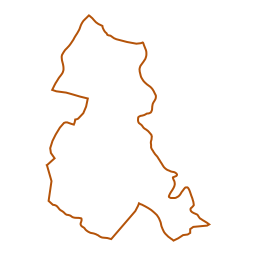 the district of Resinard, Castries, Saint Lucia
{"feature_id": "8701671B52982434499588", "entity_name": "Resinard", "entity_type": "district", "adm_level": 2, "iso_a3": "LCA", "parent_name": "Saint Lucia", "parent_adm1": "Castries", "projection": "mercator", "projection_center": [-60.941, 14.004], "detail": "fine", "context": "isolated", "style": "outline", "palette": "amber", "viewbox_px": 256, "rotation_deg": 0, "n_neighbors": 0, "source": "geoboundaries", "source_scale": "gbopen_adm2", "svg_char_len": 5804}
<svg xmlns="http://www.w3.org/2000/svg" viewBox="0 0 256 256"><path d="M88.9,15.4L86.1,18.2L85.4,18.8L84.5,19.8L83.8,20.4L83.1,21.3L82.3,22.5L81.4,24.1L80.8,25.4L79.7,28.5L79.4,29.3L78.6,30.8L77.7,32.4L77.0,33.6L75.8,35.4L74.6,37.4L73.8,38.8L73.7,39.2L73.1,40.1L72.1,41.6L71.3,42.8L70.2,44.4L69.1,45.8L68.4,46.6L67.8,47.2L67.1,48.0L66.4,48.7L65.4,49.7L64.8,50.4L64.1,51.5L63.6,52.2L62.9,53.4L62.0,55.0L61.7,56.5L61.7,57.4L61.8,58.7L62.0,60.4L62.7,63.1L62.9,63.9L63.1,64.8L63.4,66.6L63.5,68.0L63.5,69.4L63.5,69.8L63.3,70.7L62.9,71.9L62.8,72.3L62.4,73.1L62.1,73.5L61.9,73.9L60.8,75.4L60.2,76.2L59.9,76.5L58.6,78.3L57.4,80.3L56.2,82.2L56.0,82.6L55.7,82.9L55.3,83.7L54.4,85.4L52.2,89.9L56.3,91.3L66.1,92.6L71.2,94.0L80.1,96.6L87.8,98.5L86.1,106.6L83.3,113.2L78.2,118.6L76.6,119.3L75.2,119.5L75.1,120.2L74.8,121.8L74.4,123.2L73.9,124.3L73.8,124.6L71.1,123.8L67.2,122.4L65.6,122.4L64.0,122.9L59.9,127.6L55.7,134.5L52.5,140.9L50.2,148.2L50.9,153.0L54.6,158.3L47.6,164.6L46.8,165.1L47.0,165.4L51.5,181.1L48.6,200.9L52.9,204.8L54.2,205.0L54.5,205.0L56.0,205.6L56.4,205.9L56.8,206.1L57.3,206.7L58.0,207.4L59.3,209.1L59.7,209.5L60.5,210.2L61.6,210.8L63.1,211.8L63.7,212.3L65.2,213.8L65.7,214.2L66.2,214.5L66.9,214.8L67.8,214.9L68.8,215.1L69.4,215.3L70.1,215.5L70.8,215.9L71.8,216.7L72.2,216.9L72.7,217.2L73.7,217.5L74.6,217.7L75.5,217.8L78.7,217.9L80.6,218.2L81.3,218.4L81.5,218.8L81.6,220.1L81.5,220.6L81.3,221.4L80.7,223.1L80.6,223.7L80.6,224.2L80.7,224.6L80.8,224.9L81.1,225.5L81.3,225.8L81.6,226.1L82.3,226.7L83.5,227.4L84.4,228.1L84.8,228.6L85.1,229.1L85.6,229.7L86.0,230.1L87.0,230.9L88.5,231.9L89.2,232.2L90.4,232.8L91.2,233.0L92.4,233.2L93.8,233.5L95.0,233.9L96.1,234.3L96.8,234.7L97.5,235.0L98.1,235.3L99.2,236.1L100.5,236.9L101.3,237.2L101.8,237.4L102.1,237.5L102.8,237.6L104.9,237.8L107.1,238.0L107.6,238.1L109.8,238.7L111.2,239.1L135.3,211.1L138.1,205.7L139.0,203.3L140.0,203.9L140.5,204.2L141.6,204.5L145.1,206.3L148.1,208.0L148.9,208.5L151.2,210.0L153.0,211.5L154.5,212.8L156.6,214.8L156.9,215.1L157.9,216.6L158.8,218.0L159.0,218.4L159.6,219.8L159.9,220.6L160.1,221.0L160.4,221.7L160.8,223.0L161.1,224.6L161.4,225.9L161.6,226.6L162.1,227.7L162.4,228.6L163.3,230.5L163.8,231.6L164.3,232.4L165.4,233.8L165.8,234.2L168.3,236.7L168.7,237.0L170.0,237.9L170.7,238.5L172.4,239.6L173.5,240.6L178.2,238.3L183.1,235.1L187.7,234.5L190.2,232.9L190.2,229.1L193.3,226.9L207.1,225.6L209.2,224.4L207.2,222.9L204.3,221.1L202.6,220.1L201.6,219.4L200.5,218.7L199.9,218.4L199.2,217.4L198.6,216.6L198.1,215.7L197.7,215.1L197.3,214.7L196.8,214.4L196.6,214.3L193.6,213.0L192.9,212.6L192.1,212.1L191.9,212.0L191.2,211.3L190.9,210.9L190.6,210.1L190.5,209.6L190.5,209.4L190.5,209.0L190.7,208.5L191.2,207.9L191.9,207.4L192.3,206.9L193.1,206.1L193.5,205.5L193.8,205.1L193.7,204.2L193.5,202.8L193.3,201.6L193.1,201.1L192.3,198.3L191.3,195.7L190.4,193.0L189.8,191.3L189.2,189.8L188.3,188.2L187.8,187.7L187.6,187.5L187.4,187.4L187.1,187.4L186.7,187.4L185.8,187.4L185.3,187.6L185.1,187.7L184.7,188.2L184.2,188.7L182.9,190.5L182.0,191.6L181.7,192.0L180.3,194.3L179.6,195.2L179.1,195.7L178.4,196.4L177.3,197.0L176.6,197.4L175.8,197.8L175.3,197.9L174.8,198.0L174.1,198.0L171.5,198.0L170.5,197.9L169.1,197.1L168.9,196.7L169.0,196.0L169.2,195.3L169.6,194.7L169.9,193.9L170.1,193.5L170.8,192.4L171.0,192.0L172.1,190.4L173.4,188.2L174.3,186.3L174.7,184.7L174.8,184.0L174.7,183.4L174.6,182.2L174.3,181.1L173.6,179.8L173.0,178.2L172.9,177.8L172.9,177.5L173.0,177.3L175.8,176.2L176.2,176.0L176.4,175.9L176.8,175.3L177.0,174.9L177.0,174.5L176.8,174.1L176.6,173.8L176.3,173.4L175.7,173.0L175.2,172.6L174.5,172.3L174.1,172.1L173.6,172.0L172.3,171.8L171.5,171.6L170.7,171.4L169.6,170.8L168.0,170.2L167.0,169.7L166.6,169.5L166.0,169.0L165.3,168.5L164.2,167.4L163.9,167.1L163.5,166.5L162.9,165.6L161.7,163.6L160.7,162.1L159.5,160.1L158.9,159.2L157.2,156.5L156.8,156.1L155.2,154.3L154.8,153.8L154.3,153.0L153.4,151.7L152.9,150.7L152.3,149.9L152.0,149.5L151.6,148.7L151.3,148.0L151.2,147.8L151.1,147.4L151.1,146.1L151.1,145.6L151.1,145.0L151.0,144.1L150.8,142.8L150.9,142.3L150.9,141.7L151.1,140.8L151.5,139.6L151.5,139.3L151.6,138.6L151.7,137.2L151.8,136.9L151.8,136.2L151.5,135.7L151.4,135.0L151.3,134.7L151.0,134.4L150.0,133.2L148.5,131.5L147.8,130.8L147.2,130.4L146.5,129.8L144.4,128.5L144.0,128.1L143.6,127.8L143.0,127.0L142.3,126.0L142.0,125.6L141.5,125.0L141.1,124.7L139.8,123.7L138.9,123.0L138.5,122.3L138.4,122.1L138.1,121.0L138.0,120.4L138.0,119.8L138.1,118.8L138.1,118.2L138.2,117.6L138.3,117.3L138.5,117.1L138.6,116.9L139.6,116.3L140.1,116.1L140.8,115.8L141.8,115.7L142.6,115.5L144.0,115.1L144.9,114.7L146.5,113.8L146.6,113.7L146.8,113.6L148.7,113.4L149.0,113.3L149.4,113.2L150.0,112.9L150.4,112.6L150.7,112.5L151.2,111.9L151.9,110.2L152.0,109.8L152.1,109.2L152.1,108.7L152.2,107.6L152.2,106.8L152.3,106.3L152.5,105.1L152.6,104.5L152.9,103.5L153.7,102.0L154.3,101.1L155.0,99.9L155.6,98.7L155.7,98.2L155.8,97.7L155.9,96.6L155.9,95.8L155.5,94.8L155.4,94.5L155.1,94.1L153.9,91.6L153.6,91.0L152.8,89.7L152.5,89.2L151.8,88.4L151.6,88.1L150.9,87.4L150.3,86.8L149.6,86.3L148.1,85.2L147.0,84.4L146.0,83.5L144.9,82.5L143.5,81.0L142.4,79.3L141.5,77.8L141.1,77.0L140.8,76.1L139.9,72.4L139.7,71.5L139.6,70.1L139.5,69.3L139.6,68.7L139.7,68.1L140.1,66.8L140.5,65.8L141.0,65.1L142.1,63.6L143.7,61.4L144.3,60.4L144.9,59.6L145.3,58.9L145.7,57.8L146.0,56.9L146.2,56.1L146.3,55.6L146.4,54.5L146.4,52.9L146.3,51.7L146.2,51.2L146.0,50.3L143.9,45.0L143.5,43.8L143.2,43.1L143.1,42.8L142.7,42.5L140.8,43.2L136.4,43.7L127.1,42.0L116.3,39.2L114.0,38.2L110.5,35.7L108.8,35.4L107.4,34.9L107.3,34.7L107.2,34.4L106.9,34.0L106.7,33.5L106.4,33.1L106.2,32.9L105.9,32.7L105.7,32.6L105.1,31.9L104.4,31.0L103.6,29.6L103.0,28.3L102.7,27.6L102.6,27.1L102.4,25.9L98.4,24.0L96.0,22.3L94.2,20.4L92.3,18.2L89.4,15.7L88.9,15.4Z" fill="none" stroke="#b45309" stroke-width="2"/></svg>